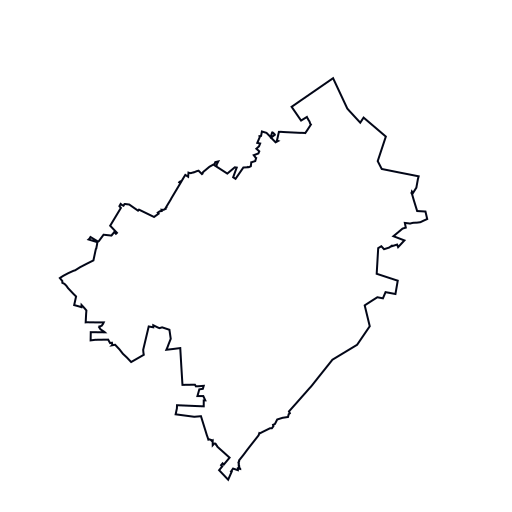 Ekurhuleni, Gauteng, South Africa (Mercator projection), rotated 43°
{"feature_id": "47623444B61881803671589", "entity_name": "Ekurhuleni", "entity_type": "district", "adm_level": 2, "iso_a3": "ZAF", "parent_name": "South Africa", "parent_adm1": "Gauteng", "projection": "mercator", "projection_center": [28.292, -26.184], "detail": "fine", "context": "isolated", "style": "outline", "palette": "ink", "viewbox_px": 512, "rotation_deg": 43, "n_neighbors": 0, "source": "geoboundaries", "source_scale": "gbopen_adm2", "svg_char_len": 5684}
<svg xmlns="http://www.w3.org/2000/svg" viewBox="0 0 512 512"><g transform="rotate(43 256 256)"><path d="M122.4,356.8L122.3,358.1L130.5,354.1L131.9,356.0L132.0,356.1L132.1,356.3L132.2,356.5L133.7,358.9L134.1,359.5L134.1,360.1L140.1,370.1L137.5,377.1L135.0,384.1L133.5,389.8L132.6,391.3L130.4,396.6L128.6,401.8L127.8,404.9L127.6,405.9L131.4,406.4L132.7,407.7L134.9,407.0L137.6,407.1L140.5,407.7L148.2,408.2L152.0,408.3L156.5,415.9L160.7,413.7L163.2,412.5L161.8,410.8L164.6,411.0L166.8,411.2L167.5,411.3L169.1,411.5L171.5,414.5L176.7,420.7L177.3,420.0L183.9,414.0L186.0,412.1L189.9,408.4L190.4,409.9L190.7,412.2L190.5,412.5L189.9,414.4L189.7,414.4L189.6,414.5L189.2,414.5L189.0,414.8L188.9,414.8L191.8,415.6L192.1,415.6L192.8,415.6L197.1,414.9L197.5,414.9L187.1,424.4L192.6,430.5L195.7,426.8L204.9,418.0L208.7,419.2L209.8,417.7L211.7,419.1L211.6,419.4L211.6,419.5L213.5,417.0L219.8,417.4L225.3,418.3L230.9,418.3L237.0,418.7L241.3,404.8L239.5,403.4L237.5,401.6L225.6,380.7L229.5,378.2L228.1,376.7L233.1,375.2L234.6,374.6L236.0,372.2L243.0,369.0L250.1,374.7L252.2,380.0L253.4,382.9L254.4,385.7L258.5,380.9L263.4,375.0L276.5,387.5L290.1,400.4L299.1,391.8L301.0,392.3L301.9,391.3L302.2,391.1L302.7,390.5L303.0,390.2L304.5,388.6L304.8,388.3L305.1,387.9L306.3,386.6L307.7,389.4L305.5,392.2L308.7,398.4L313.0,394.4L317.4,396.2L316.3,397.3L320.3,401.6L315.2,406.0L300.0,419.0L301.9,421.2L302.2,421.6L305.2,426.6L320.5,415.7L325.0,410.7L336.9,417.5L337.1,417.6L342.3,420.6L343.9,421.4L345.7,422.4L345.8,422.3L346.2,422.4L346.3,422.5L346.5,422.7L346.7,422.4L346.7,422.1L347.1,421.8L347.3,421.7L347.6,421.6L347.9,421.5L348.0,421.5L348.3,421.4L348.5,421.3L348.7,421.1L348.9,421.0L349.0,421.0L349.4,421.1L349.6,421.4L349.9,421.4L350.0,421.3L350.0,421.1L350.1,420.8L350.1,420.7L349.9,420.7L350.0,420.4L353.4,423.9L353.4,423.7L353.5,420.7L353.5,420.9L353.7,421.0L354.0,420.9L354.8,420.9L355.6,421.3L355.9,421.4L356.6,421.3L356.8,421.4L357.1,421.6L357.8,421.8L358.0,421.8L359.9,421.8L374.2,421.5L374.7,430.5L373.0,430.4L373.1,432.8L374.8,432.9L375.1,437.8L388.2,438.6L385.3,430.3L384.7,430.5L384.2,427.1L388.8,425.0L387.6,423.7L389.7,422.5L389.6,422.4L389.0,422.4L388.8,422.4L388.7,422.3L388.3,422.2L388.2,422.1L387.9,421.8L387.4,421.6L387.2,421.4L386.9,421.3L386.6,421.0L386.5,420.7L386.3,420.6L386.2,420.6L386.1,420.3L386.2,420.8L386.0,420.6L385.8,420.6L385.7,420.3L385.6,420.2L385.3,419.9L385.0,419.6L384.8,419.2L384.7,419.2L384.5,419.3L384.3,419.3L384.1,419.2L384.0,418.7L383.8,418.5L383.8,418.3L383.7,417.9L383.7,417.7L383.4,417.3L383.0,417.0L382.5,410.4L381.8,404.0L381.4,399.8L380.2,385.4L379.2,383.2L379.8,383.0L380.9,379.9L383.7,372.5L385.1,371.1L384.8,368.6L383.6,367.9L383.9,367.2L384.4,365.9L383.0,361.1L385.8,356.2L389.2,351.9L387.8,349.4L388.0,347.9L386.1,347.2L385.9,338.1L385.3,316.3L385.3,314.9L385.3,314.1L385.2,312.6L385.2,312.4L384.4,302.7L382.7,280.6L382.6,279.8L390.5,252.0L387.1,229.8L369.2,218.0L369.3,217.4L371.4,209.1L372.9,203.4L377.7,200.4L375.4,194.1L383.9,188.7L376.5,177.4L356.4,186.7L340.0,166.9L341.0,163.4L345.0,163.7L347.6,159.1L348.3,156.0L348.7,156.2L351.4,151.4L353.9,152.6L353.9,143.4L343.0,147.8L343.4,144.8L344.5,136.0L346.2,133.1L342.3,130.3L345.0,128.3L346.6,127.2L346.8,126.8L348.1,124.8L348.8,124.0L351.0,121.8L352.9,119.5L353.2,119.1L354.4,116.0L356.0,112.2L349.6,107.9L343.2,113.2L342.3,112.7L333.4,107.6L327.9,104.3L326.7,103.9L326.7,103.6L326.5,103.0L326.3,102.8L326.1,102.5L327.8,102.7L326.9,97.9L326.7,96.7L322.9,90.8L322.0,89.4L320.6,86.8L311.4,92.5L303.7,97.3L288.6,106.6L280.3,103.6L269.5,80.1L240.3,81.4L241.3,87.4L225.2,86.2L222.2,85.9L191.1,73.4L182.7,111.6L180.3,122.6L196.6,126.2L198.4,119.6L199.3,120.0L200.5,120.3L200.9,120.5L201.5,120.7L202.9,121.0L203.7,121.3L205.1,122.1L205.7,122.3L206.0,122.4L206.5,122.4L207.6,128.7L207.7,129.1L207.7,129.3L208.2,132.5L207.9,132.7L207.7,132.8L204.8,135.3L204.6,135.6L204.2,135.9L204.1,136.0L193.8,144.7L191.9,146.3L189.4,148.3L189.0,148.8L188.8,148.9L188.7,149.0L188.1,149.6L191.8,155.9L192.5,157.3L193.7,156.8L192.8,159.5L186.3,159.2L187.1,154.5L186.6,154.3L186.0,154.3L185.5,154.3L185.0,154.2L184.5,154.3L183.9,154.3L183.6,154.5L183.7,154.9L184.8,157.2L185.0,157.5L185.2,157.8L185.2,158.1L185.3,158.6L185.4,159.1L185.1,159.0L179.7,158.8L175.4,160.9L177.8,164.7L176.8,166.0L177.7,166.6L179.8,172.4L182.3,170.9L183.4,173.7L183.1,177.3L187.0,177.2L187.8,179.4L185.6,183.8L189.1,184.4L189.3,184.3L190.7,187.1L189.0,190.1L188.8,190.7L188.7,190.8L188.9,191.0L191.0,193.9L190.2,195.9L189.4,196.4L189.5,196.7L186.4,199.9L188.4,213.5L185.6,214.0L181.6,204.5L180.0,205.6L178.8,215.3L165.3,217.7L165.5,216.7L164.9,216.1L163.9,212.6L162.2,215.1L163.4,218.0L162.5,218.1L161.2,222.1L161.1,222.6L161.0,223.1L160.9,223.8L160.8,224.9L160.7,225.5L160.5,227.2L160.5,227.4L160.2,229.2L160.1,231.1L160.2,231.4L160.7,232.1L160.7,232.9L161.2,233.0L161.5,233.0L155.8,232.8L155.3,233.6L154.8,234.4L153.5,237.3L153.3,237.3L151.8,239.9L150.1,241.0L149.8,241.1L152.3,244.3L149.0,244.9L149.9,249.4L150.0,249.5L150.0,249.8L150.5,251.9L150.3,252.1L150.2,252.2L150.1,252.5L149.9,252.9L149.5,254.0L149.6,254.4L150.9,253.7L154.7,271.3L155.1,272.7L155.8,276.0L156.1,277.5L157.0,281.7L157.3,281.7L157.3,283.5L157.6,283.5L156.9,285.3L155.6,286.4L156.0,286.5L155.7,288.0L155.9,288.0L155.1,289.0L154.6,291.3L155.9,291.5L155.2,295.0L155.1,295.3L155.1,295.5L154.8,297.0L145.0,300.0L138.8,301.9L138.8,303.3L131.8,304.3L128.2,304.8L124.6,307.4L124.4,307.7L124.8,309.6L123.4,310.1L121.5,310.2L122.1,312.7L124.4,313.0L128.7,333.3L138.5,333.9L138.4,335.3L136.0,335.2L136.3,338.5L136.2,338.5L136.3,339.7L130.0,344.4L130.9,352.2L130.7,353.2L122.0,355.0L122.3,356.5L122.4,356.4L122.4,356.8Z" fill="none" stroke="#020617" stroke-width="2"/></g></svg>